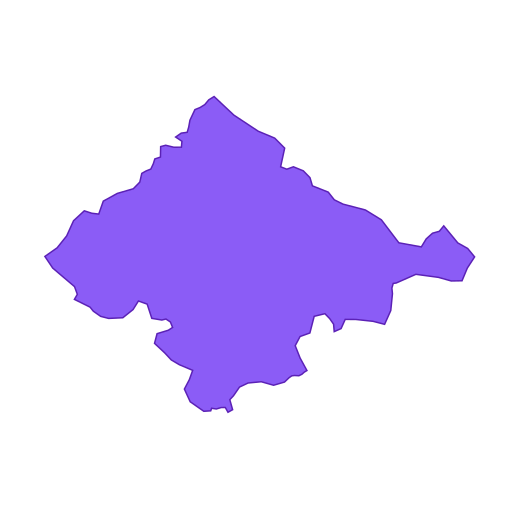 the Province of Stara Zagora, rotated 320°
{"feature_id": "BGR-2233", "entity_name": "Stara Zagora", "entity_type": "Province", "adm_level": 1, "iso_a3": "BGR", "parent_name": "Bulgaria", "parent_adm1": "", "projection": "mercator", "projection_center": [25.503, 42.404], "detail": "fine", "context": "isolated", "style": "filled", "palette": "violet", "viewbox_px": 512, "rotation_deg": 320, "n_neighbors": 0, "source": "natural_earth", "source_scale": "10m", "svg_char_len": 1723}
<svg xmlns="http://www.w3.org/2000/svg" viewBox="0 0 512 512"><g transform="rotate(320 256 256)"><path d="M127.4,218.0L114.3,217.7L103.0,209.1L98.2,202.4L95.9,193.7L96.0,188.5L89.0,172.5L94.5,170.5L97.3,162.8L92.5,134.6L94.0,120.6L108.9,121.9L123.9,118.9L138.9,111.7L153.5,111.0L157.7,117.7L162.5,122.8L174.3,115.8L190.0,118.9L205.2,125.6L214.5,124.7L221.6,119.3L226.5,120.2L231.3,121.8L236.5,119.4L240.9,116.6L246.4,118.8L253.3,110.9L258.0,113.1L263.0,119.9L268.8,124.7L273.0,120.5L270.9,113.2L277.7,113.8L282.8,117.0L287.3,114.0L292.7,109.5L303.3,104.6L308.6,106.3L314.1,107.1L320.2,106.0L326.4,106.9L329.6,133.8L337.9,161.8L346.1,177.7L347.3,191.8L332.2,203.5L335.4,209.3L342.0,211.7L347.0,221.2L347.7,230.7L344.3,238.5L352.4,253.5L352.1,263.3L356.0,272.2L369.4,291.1L375.3,308.9L373.9,337.7L388.5,355.3L397.4,352.3L405.9,352.0L412.3,354.9L419.2,353.6L419.0,375.7L423.0,386.3L422.9,397.2L410.1,401.1L397.9,407.4L389.5,400.6L382.0,389.6L366.7,372.8L346.0,366.8L343.5,365.2L339.5,367.9L336.3,372.6L324.2,384.4L310.6,391.0L303.7,381.3L291.7,368.8L283.6,361.9L274.5,366.3L267.3,364.2L271.6,358.1L272.2,351.3L271.7,344.5L261.8,339.6L247.8,349.6L238.0,346.0L228.4,349.9L224.2,362.5L221.4,376.5L218.4,376.0L215.2,376.1L211.9,375.3L208.7,372.3L206.4,370.8L203.1,370.5L196.8,370.9L186.4,366.3L179.2,355.7L168.3,348.2L159.1,345.8L148.9,348.6L143.6,349.2L139.3,358.7L134.1,357.7L135.1,352.3L131.9,349.7L127.3,347.7L124.1,344.1L121.8,345.5L116.2,341.4L111.9,325.4L115.6,311.9L125.4,307.9L134.0,302.9L127.4,290.0L124.3,281.2L123.8,271.6L122.1,257.7L130.3,251.9L141.1,256.5L146.2,257.1L148.0,251.5L146.5,246.4L142.7,244.5L136.1,236.8L141.7,222.9L137.0,214.9L127.4,218.0Z" fill="#8b5cf6" stroke="#5b21b6" stroke-width="1.5"/></g></svg>